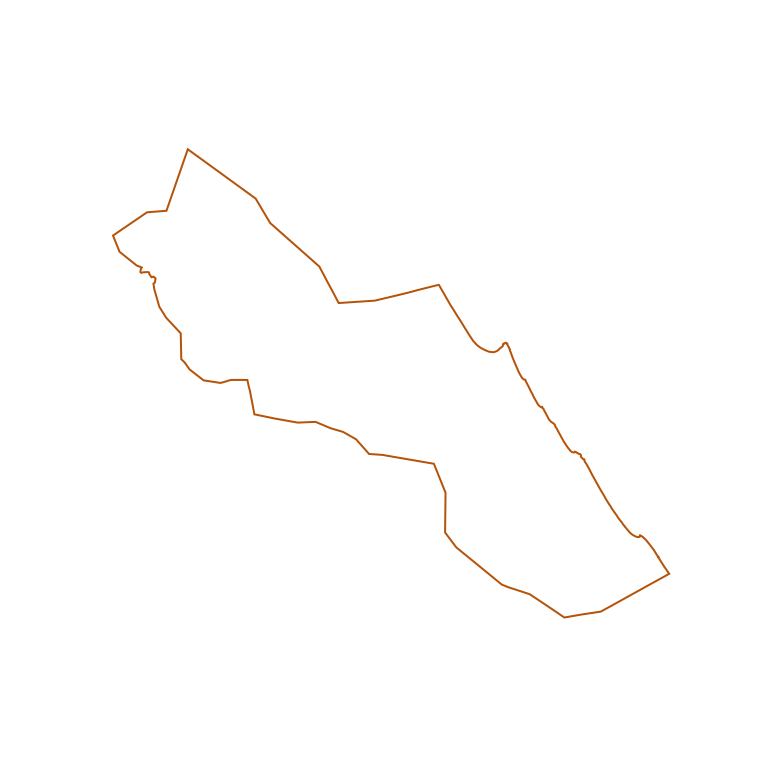 outline of San Pedro Huamelula, Oaxaca, Mexico, rotated 251°
{"feature_id": "50627088B52773743390897", "entity_name": "San Pedro Huamelula", "entity_type": "district", "adm_level": 2, "iso_a3": "MEX", "parent_name": "Mexico", "parent_adm1": "Oaxaca", "projection": "albers", "projection_center": [-95.84, 15.975], "detail": "fine", "context": "isolated", "style": "outline", "palette": "amber", "viewbox_px": 768, "rotation_deg": 251, "n_neighbors": 0, "source": "geoboundaries", "source_scale": "gbopen_adm2", "svg_char_len": 3381}
<svg xmlns="http://www.w3.org/2000/svg" viewBox="0 0 768 768"><g transform="rotate(251 384 384)"><path d="M397.5,251.6L386.9,269.5L375.6,289.8L370.5,306.9L359.5,319.2L352.1,329.6L340.8,339.6L322.7,347.1L317.6,359.2L311.6,370.1L293.1,403.8L292.3,405.2L261.2,406.8L223.7,393.4L205.9,399.2L181.7,414.2L156.1,430.0L155.0,431.2L151.6,435.1L137.7,453.4L115.9,470.0L104.5,478.5L101.8,495.3L98.2,514.9L107.9,570.1L109.5,579.3L111.7,591.9L112.1,591.8L113.6,591.3L117.0,590.4L119.6,589.6L120.0,589.6L120.7,589.3L121.1,589.3L123.8,588.6L125.4,588.2L127.7,587.7L129.4,587.3L130.0,587.2L130.6,587.4L130.9,586.9L131.1,587.1L132.0,586.9L132.4,586.6L133.7,586.3L135.2,586.0L137.4,585.5L139.5,585.0L143.0,583.8L144.6,583.3L146.7,582.6L148.8,581.8L149.8,581.5L151.2,580.9L152.8,580.1L153.2,580.0L153.8,579.5L154.2,579.4L154.8,579.1L155.1,578.8L156.4,578.0L156.6,577.7L156.7,577.3L156.9,577.0L157.5,577.0L157.6,576.8L157.0,576.4L156.7,576.4L156.3,575.9L156.3,575.3L156.5,574.4L156.7,573.9L157.4,572.9L158.1,572.1L158.8,571.4L159.7,570.6L161.0,569.5L163.1,568.3L164.8,567.6L166.9,566.7L168.7,566.1L170.8,565.2L171.2,565.3L172.5,564.7L173.9,564.2L175.5,563.9L177.0,563.3L180.1,562.2L182.7,561.5L184.8,561.0L186.4,560.5L188.1,560.0L191.2,559.1L192.8,558.7L195.3,558.3L196.2,557.9L197.6,557.6L200.8,556.8L202.4,556.5L208.2,555.4L212.8,554.4L220.5,553.0L230.1,551.3L236.4,550.4L240.5,549.7L241.9,549.5L243.6,549.0L245.2,548.6L246.1,548.5L246.5,548.7L247.0,548.9L247.6,548.8L247.8,548.3L247.9,548.0L248.3,547.8L249.3,547.3L250.2,546.9L251.1,546.5L252.2,546.9L252.9,547.0L253.7,546.8L254.1,546.0L254.5,545.5L255.0,545.2L255.6,544.5L256.1,544.0L256.7,543.7L257.2,543.3L257.7,542.7L257.3,542.5L257.4,541.8L257.5,541.0L258.3,539.7L259.9,538.6L264.6,536.9L270.9,535.3L277.7,534.1L282.4,533.3L285.7,532.8L287.8,532.2L289.6,532.3L291.2,531.7L292.1,531.0L292.9,530.4L294.1,529.5L296.8,528.4L300.5,527.9L304.3,527.3L306.1,526.9L308.5,526.7L310.0,526.0L310.7,526.1L310.6,525.3L312.4,523.8L314.7,522.9L318.9,522.1L323.8,521.2L325.2,521.2L329.2,520.5L333.4,520.0L338.3,519.3L340.5,518.9L341.6,519.1L342.3,518.7L342.7,517.7L344.5,516.6L347.6,515.9L351.5,515.3L356.7,514.9L359.3,514.7L366.7,514.2L373.2,514.1L374.8,513.9L375.3,514.1L375.8,514.4L376.4,514.2L376.9,514.0L378.1,514.0L379.3,513.7L380.8,513.5L381.6,513.3L382.2,513.7L382.9,512.9L383.3,512.7L383.4,511.8L383.2,511.4L382.9,511.0L383.2,510.5L383.3,509.9L382.8,509.5L382.3,509.1L381.4,508.9L381.1,508.5L380.7,507.5L380.4,506.6L380.1,505.6L379.6,504.5L378.7,502.7L378.4,501.4L378.3,498.8L378.8,496.8L380.3,493.9L381.6,492.3L383.3,490.4L385.4,488.4L387.1,486.9L390.7,484.5L395.9,482.3L402.3,480.6L405.9,479.8L410.6,478.7L420.9,476.4L424.3,475.5L427.5,474.8L431.4,473.9L436.8,472.6L444.0,471.2L452.4,469.6L459.7,468.2L459.9,468.1L460.1,466.5L460.7,459.7L461.6,449.4L462.6,435.4L462.9,432.4L465.8,402.5L475.3,367.5L486.6,365.8L499.4,363.7L516.2,361.1L518.2,359.9L573.2,328.8L601.1,323.0L669.8,274.9L618.6,234.7L623.5,215.8L612.6,176.1L595.1,177.0L576.6,188.7L573.0,192.9L571.7,191.4L569.2,190.1L568.2,190.6L567.9,193.0L566.8,197.0L565.9,198.2L564.1,197.9L560.6,199.0L560.5,201.0L558.3,202.4L554.5,200.4L554.1,199.1L554.0,198.7L548.8,197.7L530.1,196.7L517.4,199.7L498.1,208.3L473.4,200.4L469.4,202.5L461.1,204.9L446.2,214.6L438.3,229.6L438.0,232.6L437.7,240.6L432.3,256.1L424.6,255.2L421.9,255.1L397.5,251.6Z" fill="none" stroke="#b45309" stroke-width="2"/></g></svg>